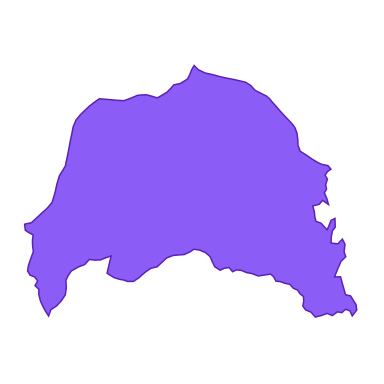 Aparecida de Goiânia, Goiás, Brazil (Robinson projection), rotated 1°
{"feature_id": "56859067B28285807944734", "entity_name": "Aparecida de Goiânia", "entity_type": "district", "adm_level": 2, "iso_a3": "BRA", "parent_name": "Brazil", "parent_adm1": "Goiás", "projection": "robinson", "projection_center": [-49.254, -16.809], "detail": "fine", "context": "isolated", "style": "filled", "palette": "violet", "viewbox_px": 384, "rotation_deg": 1, "n_neighbors": 0, "source": "geoboundaries", "source_scale": "gbopen_adm2", "svg_char_len": 2534}
<svg xmlns="http://www.w3.org/2000/svg" viewBox="0 0 384 384"><g transform="rotate(1 192 192)"><path d="M327.4,163.2L321.7,162.2L317.9,160.7L311.1,156.8L306.3,153.5L299.5,149.4L297.1,143.3L296.9,138.1L295.9,131.2L293.8,125.9L291.0,122.2L287.0,118.1L281.9,112.9L278.5,109.3L275.2,105.5L271.0,101.1L268.0,97.5L264.8,94.8L259.4,92.2L253.2,89.2L248.8,84.4L243.5,81.3L238.2,80.1L230.9,78.6L224.9,77.6L218.1,76.2L211.6,74.5L202.9,72.7L196.1,69.6L191.9,65.5L189.6,69.6L187.7,74.7L185.6,79.1L178.4,83.7L171.9,85.2L169.1,88.6L165.3,92.6L159.6,96.2L155.6,98.5L150.8,97.1L145.0,95.6L140.4,95.8L135.8,96.3L129.3,99.2L122.4,101.9L115.2,101.6L111.0,101.3L105.7,100.9L97.7,100.4L92.6,104.1L87.9,107.9L82.5,113.2L78.7,117.1L74.7,122.2L72.0,129.0L70.9,135.6L69.4,143.1L68.3,150.0L67.0,157.3L66.0,162.4L65.0,168.0L62.4,172.6L59.2,177.9L56.7,186.7L55.7,192.0L54.4,197.5L52.3,204.8L47.4,210.9L42.6,215.3L36.9,220.8L32.0,225.5L25.2,227.1L26.0,233.2L29.8,235.6L33.9,237.7L33.3,242.9L33.5,247.9L34.4,254.4L31.8,261.8L29.7,268.6L29.0,273.9L31.6,278.0L36.2,279.7L39.2,283.6L36.7,288.4L40.6,292.0L40.6,297.1L42.4,303.7L44.7,308.5L47.2,313.1L50.8,318.5L53.0,312.1L58.8,308.1L63.5,302.7L67.1,297.1L68.0,290.3L67.5,282.6L69.4,278.1L72.7,273.1L79.6,269.0L86.1,266.3L90.5,261.3L96.0,261.8L101.7,261.5L106.4,259.5L112.2,257.4L108.5,274.7L112.2,277.0L115.7,279.0L121.2,280.6L125.2,281.2L129.2,282.6L135.1,282.4L140.4,278.7L144.0,275.3L147.4,272.4L152.2,269.0L158.5,267.4L162.8,263.2L167.8,258.4L174.2,255.8L179.5,255.2L185.2,254.7L190.7,252.1L194.9,249.2L200.4,249.9L206.7,252.4L211.1,256.2L213.5,261.3L216.0,266.3L221.5,269.7L225.9,267.6L230.4,266.9L234.0,271.0L237.8,269.1L242.9,269.6L247.9,271.6L253.3,272.5L259.8,274.8L266.8,273.6L272.0,272.7L275.1,275.3L277.5,279.7L282.0,280.1L286.2,281.6L291.4,282.6L295.0,286.5L299.3,288.2L301.6,291.7L305.2,294.5L305.6,299.3L304.8,304.1L307.7,308.0L313.0,310.0L317.5,314.9L324.0,313.1L329.1,311.0L334.5,313.1L339.6,309.3L343.9,310.0L347.6,306.6L351.9,308.0L354.4,313.1L358.8,307.1L358.0,301.7L355.4,297.9L352.4,293.1L347.3,292.0L344.6,283.1L342.0,274.2L336.0,274.4L339.6,264.9L342.3,258.6L346.9,254.0L345.1,249.2L345.9,241.6L343.2,236.5L338.8,241.2L332.0,240.7L332.0,234.9L333.0,228.6L335.8,224.7L335.4,215.9L331.6,217.9L329.7,222.7L327.8,227.4L324.6,224.2L321.7,221.0L316.4,219.1L315.3,214.8L314.5,208.8L312.9,203.8L319.4,202.1L322.7,198.1L328.7,202.1L326.9,196.1L324.4,190.5L326.5,186.7L325.5,182.3L327.2,176.8L324.8,172.9L327.1,169.2L330.5,166.7L327.4,163.2Z" fill="#8b5cf6" stroke="#5b21b6" stroke-width="1.5"/></g></svg>